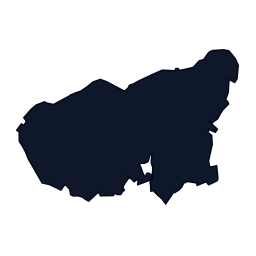 Al Qurashi, Gezira, Sudan (Mercator projection), rotated 89°
{"feature_id": "16777658B73110650377423", "entity_name": "Al Qurashi", "entity_type": "district", "adm_level": 2, "iso_a3": "SDN", "parent_name": "Sudan", "parent_adm1": "Gezira", "projection": "mercator", "projection_center": [32.662, 14.291], "detail": "fine", "context": "isolated", "style": "filled", "palette": "ink", "viewbox_px": 256, "rotation_deg": 89, "n_neighbors": 0, "source": "geoboundaries", "source_scale": "gbopen_adm2", "svg_char_len": 2141}
<svg xmlns="http://www.w3.org/2000/svg" viewBox="0 0 256 256"><g transform="rotate(89 128 128)"><path d="M139.4,236.9L139.5,236.8L144.9,233.5L150.4,230.8L157.2,228.2L181.4,214.8L183.1,207.6L188.9,196.1L183.9,192.5L184.2,190.8L188.2,187.4L193.7,186.5L195.0,183.8L194.9,179.4L196.3,174.7L198.6,171.7L200.4,168.6L191.5,158.6L195.3,156.7L195.3,143.9L193.8,143.0L193.1,141.6L194.3,140.2L194.4,136.5L191.1,134.2L190.2,132.7L187.4,134.1L184.7,133.0L179.7,129.5L178.3,128.2L176.4,128.5L181.8,122.7L179.3,119.2L179.9,118.6L180.1,118.6L180.4,118.6L180.5,118.7L181.1,118.8L182.8,119.0L183.8,119.2L184.4,119.3L184.9,119.2L180.3,106.2L179.2,106.0L175.0,105.6L173.4,108.2L173.6,108.6L173.6,108.9L173.6,109.2L173.7,109.3L173.7,110.1L174.8,110.6L176.0,110.8L176.5,111.3L176.5,112.3L172.7,114.2L168.2,115.6L166.3,116.5L166.0,116.6L165.3,116.6L165.1,117.8L163.4,116.3L163.6,112.1L161.8,108.4L155.1,106.5L155.2,104.6L161.7,105.3L164.0,105.2L167.8,103.9L180.0,104.7L181.1,106.4L183.0,106.8L185.9,106.4L191.5,106.3L191.2,103.6L194.3,100.9L199.3,95.4L204.5,91.6L193.3,83.7L193.5,82.6L190.4,77.6L188.1,75.4L184.3,73.4L182.5,69.6L184.1,60.5L186.6,59.8L183.1,50.7L186.2,48.4L182.3,39.8L179.9,39.0L167.3,40.0L168.6,46.9L162.5,48.1L145.9,44.1L136.8,44.5L133.9,48.0L130.8,47.4L133.8,40.8L130.8,38.6L122.3,47.3L124.3,43.7L120.3,38.2L115.2,35.4L111.7,33.0L111.0,32.4L105.7,27.0L103.5,27.8L101.4,30.0L98.4,28.8L94.2,27.2L84.5,26.4L81.3,26.3L84.3,20.5L80.9,18.2L80.0,18.1L76.8,17.7L67.5,16.7L62.3,18.7L60.8,19.4L59.9,20.1L56.5,22.6L52.6,25.9L51.5,31.1L51.8,36.9L52.0,41.9L53.3,45.1L54.9,46.7L61.0,51.2L62.0,55.5L65.5,58.8L68.6,61.7L70.1,68.7L71.4,75.7L69.4,76.8L69.4,79.1L71.7,80.3L71.3,84.0L70.8,92.2L71.0,93.2L73.7,99.7L76.1,105.2L79.8,113.5L81.5,117.2L84.6,122.8L84.5,123.8L85.6,126.0L87.6,126.8L91.1,130.8L88.1,136.4L85.8,140.5L83.2,145.3L82.0,147.5L81.1,149.3L78.9,154.8L81.3,162.0L86.0,168.0L90.3,174.5L92.1,180.1L93.9,184.0L93.6,184.6L94.6,185.3L103.2,202.1L101.7,208.7L100.4,211.0L103.4,219.3L107.4,224.3L108.4,225.2L115.8,232.0L119.5,229.5L123.4,231.8L122.1,234.6L128.3,239.3L130.0,236.9L139.4,236.9Z" fill="#0f172a" stroke="#020617" stroke-width="1.5"/></g></svg>